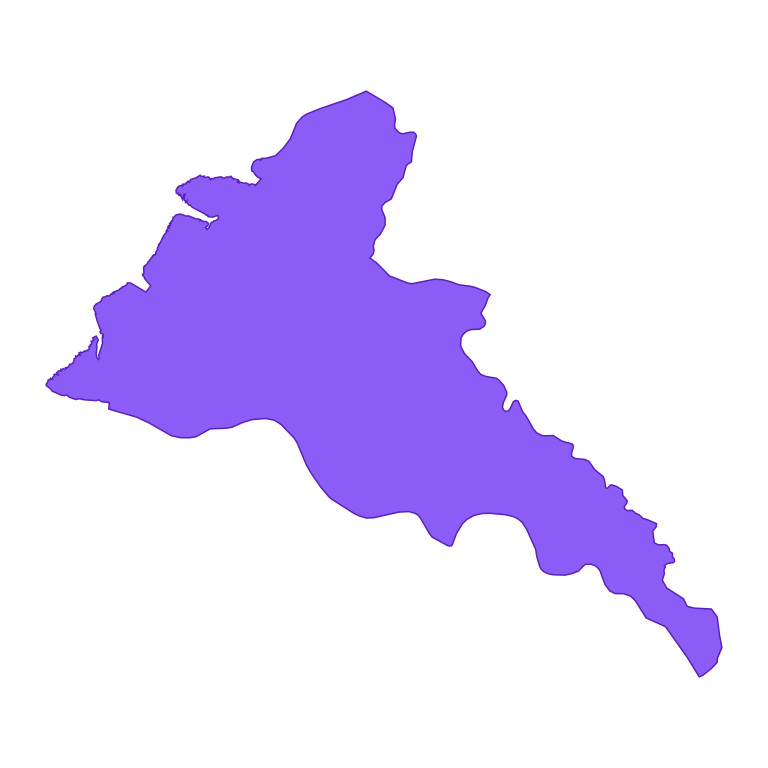 outline of Cotabato City, Cotabato, Philippines
{"feature_id": "2640588B312406433782", "entity_name": "Cotabato City", "entity_type": "district", "adm_level": 2, "iso_a3": "PHL", "parent_name": "Philippines", "parent_adm1": "Cotabato", "projection": "orthographic", "projection_center": [124.192, 7.204], "detail": "fine", "context": "isolated", "style": "filled", "palette": "violet", "viewbox_px": 768, "rotation_deg": 0, "n_neighbors": 0, "source": "geoboundaries", "source_scale": "gbopen_adm2", "svg_char_len": 6051}
<svg xmlns="http://www.w3.org/2000/svg" viewBox="0 0 768 768"><path d="M108.8,409.1L136.8,417.2L149.1,423.0L171.3,435.7L180.4,437.7L190.0,437.7L196.1,436.7L210.3,428.8L225.6,428.3L231.8,427.3L243.4,422.2L252.2,419.6L265.8,418.5L274.6,420.3L281.3,424.6L294.1,438.0L297.4,443.4L306.5,465.2L311.7,474.0L320.9,487.3L328.9,496.8L332.1,499.5L354.0,513.4L359.5,516.0L366.8,518.1L374.0,517.7L398.8,512.1L409.0,511.6L414.5,513.1L418.0,515.1L420.2,517.6L429.3,533.4L432.2,537.2L448.0,545.8L451.0,546.0L452.2,545.0L456.6,533.3L462.6,523.5L466.9,519.4L474.0,515.5L481.9,513.5L490.0,513.3L505.4,514.7L514.1,516.8L518.3,519.1L522.2,522.4L526.7,529.4L535.7,549.5L536.8,556.6L539.6,566.2L541.1,569.1L543.9,571.8L548.0,573.7L553.4,574.8L565.4,575.1L572.2,573.5L578.1,571.3L585.1,564.4L590.6,564.2L594.6,565.4L597.8,567.8L599.9,570.6L605.0,584.5L609.8,591.0L615.1,593.6L623.7,593.7L630.7,596.2L635.4,600.8L646.1,617.9L665.5,626.7L687.4,657.6L699.2,676.8L702.7,675.4L711.8,668.1L717.1,662.4L717.5,658.0L721.9,647.6L719.5,634.9L717.2,616.9L711.3,609.0L694.2,608.1L687.2,606.4L683.5,598.8L666.7,588.0L662.3,580.2L664.4,573.7L663.9,570.3L665.3,566.9L664.3,565.6L667.7,563.5L673.4,562.6L674.5,561.4L674.3,559.1L672.4,556.5L672.6,553.4L669.6,551.3L669.3,548.7L666.9,545.4L664.5,544.6L658.7,544.9L654.4,543.0L652.7,531.2L656.2,526.7L656.5,523.7L646.7,519.4L643.4,518.7L639.2,514.9L635.5,513.2L632.2,510.3L627.6,510.6L625.9,509.9L624.6,508.5L624.3,506.7L626.9,502.8L627.2,500.6L622.8,495.5L622.3,489.9L616.0,486.2L611.7,484.9L610.0,485.3L607.5,488.3L605.7,487.8L604.4,479.6L603.2,476.5L594.9,469.8L588.9,461.4L585.0,459.5L575.3,458.5L571.8,456.5L571.5,453.5L573.4,446.7L572.7,444.2L561.7,441.0L553.3,435.6L542.7,435.8L536.6,432.8L533.3,428.8L526.3,416.5L522.4,411.4L518.1,401.0L515.5,400.4L513.4,401.6L510.2,408.5L508.4,410.7L506.2,411.5L504.1,410.6L502.6,407.9L502.6,406.1L503.5,402.1L506.7,395.1L506.8,392.3L503.7,385.4L498.6,379.8L496.1,378.2L486.2,376.5L481.0,374.7L477.6,370.7L472.2,361.7L464.4,353.5L460.6,345.9L461.1,337.8L463.3,334.2L466.5,331.2L470.8,329.6L479.9,329.1L484.2,326.0L485.4,323.8L485.5,321.1L480.9,313.2L485.3,305.5L488.0,297.9L490.2,294.7L485.8,291.6L475.3,287.5L470.0,286.2L458.8,284.8L451.0,281.8L442.7,279.7L434.6,279.2L411.9,283.7L408.0,283.1L389.6,276.0L376.5,262.8L369.9,258.0L373.1,254.1L374.1,250.4L373.3,246.4L375.1,239.6L380.3,234.3L385.1,225.2L385.1,217.6L381.8,209.7L381.8,206.2L385.1,202.5L391.3,198.9L397.2,184.3L403.1,177.5L406.0,166.2L407.8,164.1L411.4,161.9L412.3,151.6L416.5,136.0L415.6,134.0L413.6,132.2L409.6,132.3L402.9,133.8L399.8,133.0L397.5,131.1L395.2,128.6L394.5,125.3L395.5,119.0L392.9,107.9L385.7,102.7L366.3,91.2L346.0,99.8L321.0,108.3L307.2,113.8L302.2,116.9L296.6,123.3L290.4,138.7L282.9,148.6L275.4,155.8L265.8,158.3L261.3,158.4L261.4,159.3L260.4,159.3L261.0,160.7L259.5,159.5L257.1,159.5L253.6,162.0L251.5,167.1L251.7,171.0L253.3,171.5L255.1,174.7L257.8,177.2L261.2,178.9L255.2,185.5L254.7,184.5L251.6,183.9L249.7,184.7L249.1,186.1L249.1,184.4L246.2,183.0L243.8,183.2L240.4,182.2L239.1,183.0L237.6,182.2L237.8,181.2L239.1,181.2L238.2,179.8L233.0,178.6L230.9,176.2L228.6,177.4L227.3,176.7L223.9,178.3L221.0,176.8L214.3,177.9L213.4,178.7L211.5,178.5L210.2,180.6L210.3,179.4L209.2,177.5L208.1,176.9L205.1,177.4L204.0,176.9L204.1,176.1L201.6,176.6L200.2,175.2L195.3,178.1L190.7,179.4L189.1,182.8L189.1,181.3L188.2,181.1L186.5,182.7L185.6,182.6L186.5,183.0L185.5,184.0L183.3,184.2L182.8,185.6L182.3,184.6L181.7,185.5L179.5,185.8L177.7,187.2L176.0,190.3L176.3,193.0L177.8,193.2L177.6,193.9L179.6,194.6L179.1,195.3L179.7,195.5L180.7,193.7L180.3,194.9L182.5,199.5L184.0,194.4L185.1,194.2L184.2,196.3L184.2,200.3L185.5,201.0L185.5,201.8L186.9,200.8L186.6,201.6L185.8,202.2L185.8,202.6L187.0,202.6L189.1,205.2L190.2,205.1L192.4,207.4L204.9,213.9L206.3,215.3L207.7,215.1L208.0,216.7L212.8,217.1L217.9,215.4L218.5,218.9L215.0,220.9L214.0,220.8L212.8,222.2L211.4,222.2L209.0,227.5L207.0,229.5L205.4,227.5L207.8,225.7L208.6,223.5L206.1,221.5L202.8,221.3L200.7,219.8L200.1,220.4L200.2,219.7L198.3,218.9L196.6,219.1L188.5,215.8L186.7,216.2L180.1,214.0L175.7,215.1L173.7,217.5L173.1,217.3L172.5,220.8L171.8,220.7L170.1,223.0L170.7,223.4L169.8,223.7L170.4,224.5L169.2,225.3L169.9,225.7L168.4,226.2L169.1,227.3L168.2,227.3L168.5,227.9L167.9,227.8L168.2,228.4L167.0,229.5L166.5,230.7L167.2,231.1L166.1,231.4L166.3,232.4L163.5,235.7L163.7,237.1L162.9,237.1L160.1,243.1L158.5,244.5L158.9,245.2L157.3,248.3L157.6,249.2L155.6,252.5L155.9,253.9L154.4,255.3L153.8,254.7L153.1,255.3L152.3,256.2L152.7,257.1L151.3,257.6L150.7,259.2L149.4,260.2L149.5,261.1L148.2,261.7L147.1,264.0L144.2,266.2L144.8,267.5L144.0,266.9L143.6,267.5L143.9,273.2L142.5,274.4L142.7,275.5L143.4,275.6L145.0,279.1L150.7,285.7L146.0,292.1L130.6,283.0L127.5,282.9L127.0,284.2L125.1,285.8L123.1,286.9L122.4,286.6L121.7,288.3L120.4,288.3L119.2,289.9L113.6,292.0L114.1,293.1L112.8,292.6L111.7,293.6L112.1,294.1L110.7,294.4L109.4,296.0L106.8,295.7L105.5,296.8L103.1,297.1L101.6,299.1L101.3,301.2L96.1,304.1L94.2,306.3L93.7,308.7L95.4,312.0L96.0,314.2L95.3,314.2L97.2,321.0L100.1,329.0L101.3,330.0L99.9,331.8L100.9,333.5L102.9,333.8L103.3,335.2L103.3,336.2L102.6,335.9L102.9,337.4L102.3,337.4L102.5,343.7L98.6,355.3L99.4,357.4L98.3,359.5L96.9,357.3L96.2,354.1L97.0,346.7L96.6,344.4L98.2,340.0L96.3,336.1L92.7,337.8L93.1,339.2L94.2,339.4L92.2,341.3L91.2,341.2L91.8,343.7L90.0,345.2L90.3,346.1L89.0,346.5L89.1,349.3L85.2,351.3L84.6,350.9L82.2,352.8L80.9,352.1L79.1,352.8L80.4,355.3L79.4,355.3L78.9,354.2L76.7,356.6L75.6,356.1L75.8,357.6L74.0,359.0L74.0,361.4L73.0,362.7L71.8,363.9L69.6,364.3L68.4,367.2L65.7,367.6L66.3,368.3L64.4,369.4L63.6,368.6L62.4,369.4L60.9,369.2L60.9,371.2L58.8,370.8L56.6,372.8L58.2,374.9L55.0,374.1L53.8,374.9L54.4,376.1L52.7,377.4L52.5,378.9L51.5,378.5L50.8,379.4L50.5,378.5L49.4,379.8L48.1,380.0L48.2,381.1L46.1,384.3L46.4,385.8L50.8,389.0L52.1,391.1L61.2,395.1L64.2,395.6L66.6,395.0L69.3,397.1L73.4,398.7L76.2,399.5L79.3,398.7L84.2,399.8L96.2,400.6L98.9,399.9L102.0,401.8L109.3,402.6L108.8,409.1Z" fill="#8b5cf6" stroke="#5b21b6" stroke-width="1.5"/></svg>